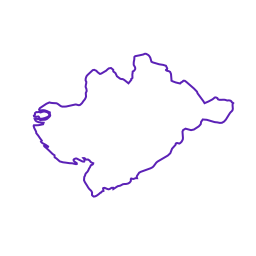 the Department of Nariño, rotated 289°
{"feature_id": "COL-1406", "entity_name": "Nariño", "entity_type": "Department", "adm_level": 1, "iso_a3": "COL", "parent_name": "Colombia", "parent_adm1": "", "projection": "robinson", "projection_center": [-77.896, 1.511], "detail": "fine", "context": "isolated", "style": "outline", "palette": "violet", "viewbox_px": 256, "rotation_deg": 289, "n_neighbors": 0, "source": "natural_earth", "source_scale": "10m", "svg_char_len": 4715}
<svg xmlns="http://www.w3.org/2000/svg" viewBox="0 0 256 256"><g transform="rotate(289 128 128)"><path d="M78.5,147.9L76.9,147.3L75.5,146.1L74.5,144.5L73.8,142.7L73.1,141.4L71.0,139.5L69.6,137.2L65.5,134.0L66.6,133.4L66.1,132.0L65.2,131.2L64.3,130.5L63.7,129.6L63.6,128.4L63.7,126.9L63.8,125.4L63.2,124.2L62.8,124.1L61.9,124.6L60.5,125.3L59.9,124.5L59.2,123.8L58.3,123.6L57.7,122.9L56.1,122.0L55.5,121.6L53.7,120.3L52.6,119.1L52.0,117.9L52.4,116.6L52.9,115.8L54.0,115.4L55.4,115.0L56.6,113.7L57.7,111.3L58.7,109.8L60.4,107.8L61.9,105.9L62.8,104.8L64.3,103.4L67.5,102.6L69.1,102.9L70.3,102.7L71.8,103.1L73.2,103.8L74.7,104.2L77.0,104.4L78.5,104.8L80.6,105.0L80.9,105.2L81.4,105.9L82.1,106.5L82.8,106.7L83.4,106.6L83.4,105.4L83.5,104.8L83.8,103.6L84.7,102.4L85.2,100.4L84.6,99.1L84.7,97.9L84.8,97.7L85.1,97.3L85.3,96.8L85.2,96.1L85.0,95.6L84.8,95.9L84.3,96.9L83.4,97.5L82.0,97.5L81.6,96.5L81.6,95.0L81.9,93.4L82.0,92.2L82.3,90.3L82.4,89.3L82.2,88.6L81.6,87.8L80.9,87.1L80.2,86.9L79.4,87.3L78.8,88.4L78.1,90.9L77.4,91.3L76.9,90.7L76.7,89.1L76.5,86.9L75.7,84.2L75.0,80.5L74.4,77.7L74.2,74.3L75.0,72.4L75.9,70.2L76.4,68.2L78.3,67.4L78.9,65.1L80.9,60.9L82.4,57.5L83.3,55.1L84.3,53.8L83.9,55.2L83.8,56.5L84.0,57.9L84.3,59.2L85.3,55.6L85.9,51.8L86.7,50.2L88.0,50.6L89.7,48.1L91.5,45.7L93.2,43.0L94.6,42.3L95.9,41.0L97.4,39.4L99.2,38.1L100.0,38.2L100.6,40.0L101.4,42.2L102.5,44.2L103.9,46.5L105.5,46.5L104.8,43.8L104.4,41.6L104.5,39.2L105.0,38.0L106.1,36.9L106.8,38.3L107.4,40.7L106.9,42.5L107.6,43.8L108.3,45.5L108.8,46.9L109.8,48.1L110.4,48.6L112.9,50.0L114.1,50.4L114.7,50.3L115.9,49.5L117.3,49.0L117.3,48.6L117.4,48.0L117.3,47.5L117.3,47.3L117.5,46.9L117.6,46.6L117.6,43.7L117.4,42.5L117.0,41.3L116.3,40.0L115.9,38.6L116.6,37.9L118.1,38.2L124.4,43.0L126.6,45.4L126.7,47.0L127.1,48.8L127.9,51.6L128.1,52.4L128.0,53.3L127.8,54.2L126.9,57.0L126.8,57.7L126.8,58.4L126.9,59.2L128.1,62.4L133.1,70.6L133.3,71.3L133.5,73.9L133.8,74.6L134.4,75.3L136.5,76.4L138.7,77.0L141.2,77.9L142.8,78.1L144.0,78.1L147.3,76.7L149.5,76.9L151.5,75.9L152.6,74.9L153.2,74.5L155.1,74.1L157.0,73.9L158.3,73.4L158.5,73.1L159.1,72.5L159.5,72.3L159.9,72.2L161.1,71.9L161.9,71.9L163.0,71.9L163.7,72.0L165.0,72.5L171.2,75.8L172.0,77.1L171.8,79.4L170.8,81.3L170.4,82.6L170.2,83.1L170.0,83.8L170.3,84.4L170.9,85.1L175.1,88.7L176.1,89.2L176.8,89.6L178.1,90.4L179.2,92.4L178.4,94.7L178.2,95.1L177.8,95.2L177.0,95.5L176.6,95.9L176.4,96.5L176.3,97.0L175.8,98.3L173.3,100.7L172.3,103.8L172.1,104.5L172.1,105.7L172.5,106.9L172.4,108.0L172.1,109.2L170.4,113.9L174.5,115.4L175.2,115.1L175.4,115.1L176.0,115.6L176.8,115.9L180.3,114.6L181.4,114.5L182.5,114.1L183.0,114.1L183.2,114.3L183.6,114.7L184.1,115.1L185.4,115.5L186.1,115.6L186.8,115.4L187.4,115.1L188.1,114.5L188.6,113.9L189.5,112.9L189.9,112.7L192.1,112.0L195.0,111.6L197.2,110.9L197.9,111.2L198.3,111.5L200.5,115.3L202.6,118.7L203.3,119.3L203.6,119.7L203.9,120.4L204.0,121.0L203.9,121.8L203.6,123.4L203.2,124.3L202.5,125.3L201.7,126.2L198.3,128.6L198.1,130.1L198.4,136.8L199.1,140.6L199.2,143.6L197.1,145.7L195.8,145.8L195.6,145.2L195.4,145.0L195.2,145.0L195.0,145.3L194.8,146.2L195.0,147.9L194.9,148.8L194.7,149.6L193.7,150.5L193.0,151.1L188.0,153.3L186.9,153.7L186.7,154.8L186.6,158.2L187.0,162.6L187.2,163.0L187.5,163.1L187.8,163.0L188.2,163.2L189.6,164.5L190.5,164.8L190.8,165.1L191.0,165.8L191.1,166.5L190.4,168.6L190.1,169.3L186.8,177.5L184.8,181.4L183.4,182.5L182.1,184.4L177.9,190.5L176.4,192.3L179.2,195.4L182.4,198.4L183.7,199.3L184.8,199.9L185.3,200.4L185.5,201.2L185.4,202.5L185.2,203.0L184.7,203.4L184.4,203.9L184.4,204.7L184.5,205.6L185.9,209.3L186.2,210.4L186.3,212.9L187.0,214.4L187.2,216.0L187.1,216.5L186.8,217.1L186.4,217.5L186.2,217.7L186.0,218.9L185.8,219.4L184.9,219.1L183.7,219.4L180.2,220.9L178.6,221.0L177.6,220.6L176.5,220.0L175.2,219.5L167.8,217.8L165.3,216.7L163.5,215.1L162.7,213.1L162.4,210.7L161.8,208.1L161.4,199.8L160.4,195.9L157.5,195.1L157.2,195.2L155.2,195.5L152.6,194.4L148.0,190.8L146.5,188.3L146.1,182.6L144.0,180.8L142.3,180.7L136.7,183.1L135.3,183.5L133.9,183.4L132.4,183.1L130.8,182.3L130.0,181.6L129.9,180.8L129.9,179.9L129.7,179.1L129.0,178.3L128.7,178.2L128.3,178.4L127.5,178.4L122.8,176.4L117.9,176.2L114.9,174.6L105.8,166.8L104.4,166.0L100.3,164.7L98.9,164.0L97.3,162.5L90.7,154.3L89.9,153.6L89.4,153.1L85.6,152.1L84.5,152.2L83.5,152.9L83.1,151.6L81.7,149.9L81.4,149.0L81.3,147.5L80.6,147.3L79.6,147.7L78.5,147.9ZM114.1,39.8L114.2,40.2L115.9,42.4L116.5,44.1L116.6,46.7L115.8,48.8L113.9,49.5L112.3,48.4L110.4,46.2L108.9,43.9L108.2,42.2L108.4,41.1L108.9,40.6L109.4,40.2L109.7,39.4L109.2,38.5L108.2,36.4L108.3,35.5L109.0,35.0L110.2,35.7L111.7,35.2L113.2,36.1L113.6,37.6L114.1,38.3L114.3,39.3L114.1,39.8Z" fill="none" stroke="#5b21b6" stroke-width="2"/></g></svg>